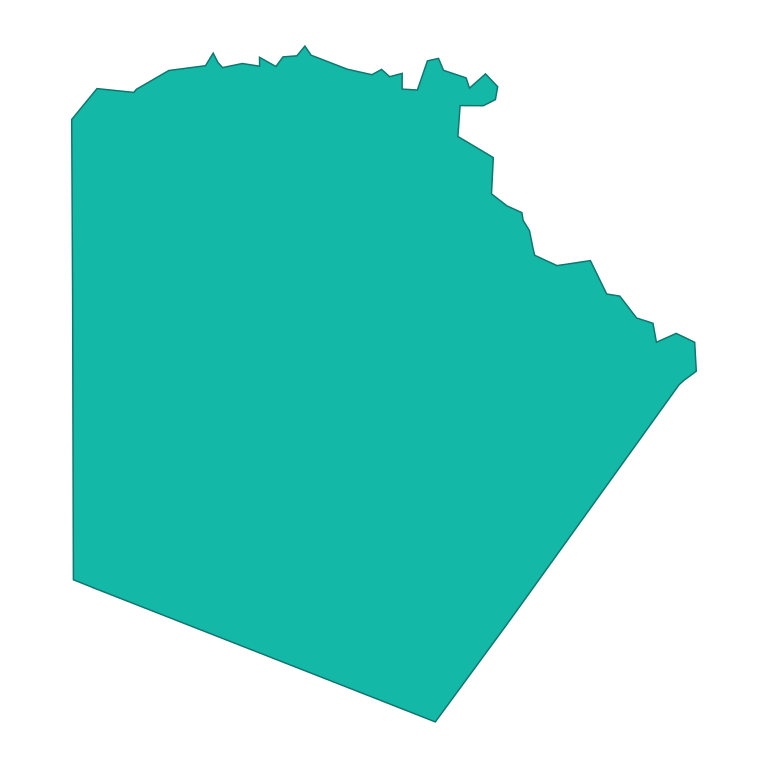 outline of Bexar, Texas, United States of America
{"feature_id": "52423323B3019751705730", "entity_name": "Bexar", "entity_type": "district", "adm_level": 2, "iso_a3": "USA", "parent_name": "United States of America", "parent_adm1": "Texas", "projection": "mercator", "projection_center": [-98.439, 29.438], "detail": "fine", "context": "isolated", "style": "filled", "palette": "teal", "viewbox_px": 768, "rotation_deg": 0, "n_neighbors": 0, "source": "geoboundaries", "source_scale": "gbopen_adm2", "svg_char_len": 862}
<svg xmlns="http://www.w3.org/2000/svg" viewBox="0 0 768 768"><path d="M97.0,88.6L71.7,119.5L72.6,295.5L73.4,579.8L96.1,588.9L365.3,694.4L404.2,709.7L435.3,721.9L508.3,622.4L679.1,384.7L684.1,380.2L696.3,371.2L694.7,342.3L676.2,333.4L656.4,342.2L653.0,323.3L636.6,318.0L619.8,296.1L606.7,294.0L590.4,260.6L557.0,265.6L534.7,255.3L533.2,249.2L529.5,230.7L523.1,220.3L523.1,220.2L521.9,212.7L507.0,205.9L491.5,193.9L493.3,157.6L457.9,136.5L460.1,105.6L483.4,105.7L495.4,99.6L497.7,86.7L485.5,73.9L469.5,88.1L466.1,77.9L443.5,70.3L438.5,58.4L427.4,60.9L417.4,90.0L402.1,89.1L402.2,73.4L389.6,76.7L381.6,69.4L371.9,74.7L347.3,69.2L311.1,55.2L304.9,46.1L296.9,55.8L283.0,56.9L275.9,66.5L259.5,57.3L259.6,66.2L242.3,63.5L222.5,67.6L217.9,62.4L213.2,53.1L205.5,65.7L168.8,70.5L136.5,89.2L133.7,92.4L97.0,88.6Z" fill="#14b8a6" stroke="#0f766e" stroke-width="1.5"/></svg>